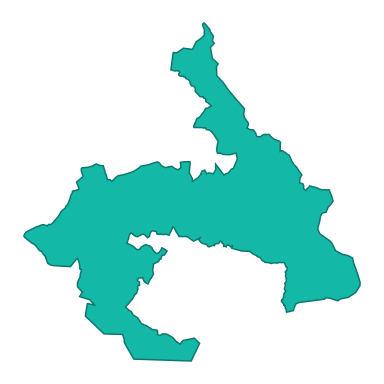 the district of Tafawa-Balewa, Bauchi, Nigeria
{"feature_id": "59680162B48786148420785", "entity_name": "Tafawa-Balewa", "entity_type": "district", "adm_level": 2, "iso_a3": "NGA", "parent_name": "Nigeria", "parent_adm1": "Bauchi", "projection": "robinson", "projection_center": [9.578, 9.844], "detail": "fine", "context": "isolated", "style": "filled", "palette": "teal", "viewbox_px": 384, "rotation_deg": 0, "n_neighbors": 0, "source": "geoboundaries", "source_scale": "gbopen_adm2", "svg_char_len": 5997}
<svg xmlns="http://www.w3.org/2000/svg" viewBox="0 0 384 384"><path d="M291.9,161.5L289.3,155.3L287.1,154.1L285.5,152.6L283.9,151.9L283.1,150.9L281.2,150.9L280.2,151.4L280.3,143.4L280.6,142.7L279.7,141.3L273.8,139.1L270.0,135.7L269.3,134.5L264.3,134.4L261.8,135.5L260.9,136.7L257.1,136.6L256.3,135.6L255.7,133.0L253.3,129.8L250.8,129.8L249.3,129.4L248.1,128.4L246.9,127.9L248.4,124.9L248.4,123.2L244.4,117.5L244.1,116.2L243.7,114.5L244.4,108.7L235.2,98.2L228.0,89.5L222.9,82.1L216.8,75.7L216.5,66.3L218.2,63.9L212.8,58.8L212.3,58.1L210.4,47.4L214.3,43.3L212.4,40.7L213.4,36.3L209.9,30.8L210.0,29.9L205.0,23.7L203.9,23.0L203.1,23.7L202.6,24.5L202.8,25.8L204.3,29.1L204.3,34.1L204.1,35.5L202.0,37.3L201.9,37.8L196.2,41.8L192.5,49.4L183.5,48.2L176.9,52.8L173.2,52.5L170.9,69.9L171.9,69.8L174.5,71.0L178.2,70.8L179.1,71.2L179.7,72.1L178.9,73.5L178.6,74.7L179.2,75.6L181.6,76.4L182.8,75.9L183.6,76.8L185.3,76.8L185.5,78.2L188.8,80.0L189.8,81.3L190.2,83.7L191.5,85.9L192.9,85.8L194.1,86.5L195.0,87.6L195.2,89.1L195.3,91.6L200.2,96.7L203.3,96.8L203.5,98.0L205.2,98.6L205.8,99.2L205.6,101.0L206.2,101.9L208.7,103.3L209.9,104.6L211.3,105.7L211.0,106.4L208.8,107.3L207.4,108.3L205.8,108.3L204.2,111.1L203.0,112.8L199.5,117.1L196.9,118.6L193.7,126.2L193.9,127.5L202.6,127.6L203.3,128.1L205.6,127.8L206.3,129.6L209.6,130.1L212.7,132.9L218.2,141.3L217.3,144.8L216.6,150.0L217.4,153.1L220.4,153.2L223.4,154.5L230.0,154.7L236.0,153.1L237.3,158.4L236.9,160.2L233.3,168.5L231.3,169.2L228.2,173.1L225.7,173.7L224.0,175.1L215.6,164.1L215.6,169.8L213.4,173.7L209.2,172.9L207.4,173.5L206.9,173.9L204.7,170.1L202.0,171.1L200.9,173.6L201.0,174.1L198.1,177.6L192.4,181.5L192.3,178.6L189.4,173.1L189.6,168.9L190.1,164.4L190.0,161.8L185.1,161.7L180.4,162.3L180.9,167.6L178.3,169.6L178.0,169.7L175.0,168.6L171.7,166.3L165.1,167.6L161.4,165.7L159.6,163.1L157.1,161.9L151.2,163.7L149.1,164.6L140.4,166.3L139.5,167.5L134.3,171.1L129.8,172.8L126.7,173.8L122.8,174.9L118.2,175.7L115.6,177.6L111.9,181.5L110.3,179.9L109.5,179.6L107.5,179.7L105.9,173.9L105.3,173.4L104.8,170.8L103.3,165.8L98.8,165.2L96.1,163.9L92.9,165.9L88.1,167.3L82.2,167.7L81.3,168.7L81.3,171.0L83.1,176.5L76.5,182.1L78.9,188.1L78.7,189.5L72.5,191.2L72.2,193.0L70.8,195.7L70.1,198.4L68.0,203.8L65.8,206.5L65.1,208.3L61.4,211.1L58.0,216.9L53.0,222.6L51.2,224.4L48.5,224.5L47.4,225.8L43.2,224.6L40.8,225.2L38.9,226.3L37.3,226.4L27.5,231.3L26.0,232.2L24.6,234.0L23.9,235.8L24.6,237.3L27.9,240.0L31.1,242.5L35.0,244.9L36.6,246.6L38.3,249.2L39.2,250.2L40.3,251.1L41.7,251.4L42.9,253.8L44.7,255.8L45.2,256.1L47.8,263.4L50.3,264.9L53.2,265.6L70.5,266.6L75.9,259.8L77.5,258.5L78.8,261.1L79.7,265.5L79.9,269.0L81.5,269.8L80.1,275.1L80.2,276.9L78.8,279.6L77.4,283.2L77.5,286.7L81.8,291.4L82.6,291.8L79.6,296.6L89.8,299.8L94.5,305.0L87.4,303.6L85.3,316.0L104.0,333.9L122.6,334.4L124.3,339.6L124.4,342.2L125.0,343.9L133.8,359.1L191.2,361.0L199.6,343.3L194.3,338.2L183.0,340.5L180.0,344.1L176.0,341.3L172.7,337.5L168.6,335.1L166.2,334.0L162.4,333.9L160.0,335.6L158.1,334.9L157.7,334.6L157.4,330.3L151.3,329.3L150.9,328.3L148.4,327.3L148.0,326.6L145.2,325.1L143.9,325.1L142.9,324.1L141.6,323.8L137.6,317.7L133.2,315.1L131.4,311.8L128.5,309.9L125.5,306.9L126.8,305.6L132.3,299.2L134.5,295.3L135.9,293.7L136.5,293.4L137.5,289.8L138.1,289.1L137.4,286.7L138.2,285.9L139.6,285.2L139.4,282.0L138.3,281.5L137.3,280.0L138.7,278.1L143.0,277.7L143.1,279.4L143.8,280.7L145.3,282.5L148.0,283.9L150.1,279.6L151.1,278.4L153.0,274.9L153.5,274.2L152.7,270.6L153.5,263.9L154.5,263.6L158.6,261.4L159.7,259.1L160.7,259.2L162.2,255.3L164.4,255.0L167.0,251.1L164.4,249.0L161.9,247.8L161.2,249.5L158.9,252.7L156.4,253.6L153.7,251.0L152.1,248.5L152.0,247.8L150.0,246.1L145.8,244.6L143.4,245.7L141.5,246.9L139.4,249.5L136.7,249.5L133.0,246.1L126.8,243.2L128.4,239.1L129.1,235.5L130.8,233.0L131.2,232.9L135.6,236.4L137.7,236.7L139.7,235.4L140.3,235.4L142.4,234.1L144.8,234.6L145.4,235.5L147.6,237.8L149.6,236.3L150.0,233.5L151.0,231.9L152.3,230.8L155.8,231.4L156.5,232.1L157.1,234.1L158.8,234.3L161.0,234.2L163.8,234.7L164.8,234.0L169.1,235.2L173.0,226.8L173.7,227.1L176.6,232.7L177.7,233.9L179.1,236.5L184.1,236.6L184.6,236.3L187.6,236.9L193.6,241.2L199.9,238.0L198.9,239.8L200.8,242.3L202.4,243.4L206.0,244.4L207.1,245.1L207.7,246.2L209.0,246.9L212.9,245.3L214.5,245.6L214.8,244.0L216.5,243.7L218.5,243.6L219.3,242.7L220.3,240.8L221.0,241.2L222.3,243.2L223.7,244.4L223.6,246.4L224.9,246.4L226.1,246.9L226.6,245.4L228.2,245.0L229.4,245.6L230.5,246.9L231.5,246.5L232.7,245.2L231.8,248.2L241.5,251.0L249.6,251.3L253.4,254.2L255.8,255.2L258.0,256.9L259.6,257.2L261.3,259.2L262.2,260.6L264.1,261.5L264.8,262.3L268.5,262.7L271.5,263.5L272.8,263.0L274.7,262.8L276.7,263.1L280.1,262.4L281.3,262.7L284.4,262.5L286.0,266.8L286.4,267.1L287.0,267.1L287.4,267.8L287.3,268.7L286.4,271.1L285.7,271.3L285.3,272.0L285.3,272.4L285.8,272.9L285.9,274.1L285.5,275.9L286.3,278.1L286.1,278.9L286.3,280.8L286.1,281.6L285.1,282.7L284.8,283.4L285.0,284.1L285.4,284.7L285.4,285.6L284.5,288.1L284.5,288.8L284.7,289.8L285.4,290.8L285.5,291.3L284.9,292.6L284.4,292.9L283.9,293.9L283.8,295.8L282.9,298.8L282.5,299.6L281.7,299.8L281.4,301.4L281.7,301.8L283.1,303.0L283.2,303.7L283.6,304.4L283.7,305.2L284.1,305.2L284.5,304.8L285.0,305.9L284.8,306.5L285.3,306.9L285.4,308.4L285.6,308.8L286.1,308.9L286.4,309.4L286.3,311.1L286.6,312.2L293.2,310.7L294.9,306.1L296.1,303.7L299.1,302.5L324.3,299.2L326.2,297.7L329.9,298.2L337.7,300.8L340.4,299.0L348.4,297.3L355.7,292.5L360.0,285.6L360.1,282.3L357.8,274.6L353.5,262.5L352.5,257.9L347.5,255.4L342.5,254.4L335.6,250.7L331.7,242.7L330.9,242.2L330.3,241.2L319.6,233.6L317.7,228.9L319.9,220.2L320.5,216.2L321.5,214.3L322.2,213.1L326.1,212.2L328.1,207.2L331.2,204.0L333.1,200.9L331.4,195.6L329.2,190.0L329.1,189.8L322.3,189.9L318.8,188.8L317.2,187.9L309.7,185.9L308.8,187.3L307.0,188.8L306.0,190.4L303.6,188.6L303.7,185.8L302.9,183.9L299.7,182.8L300.0,178.0L301.9,175.0L298.5,170.2L296.8,167.4L293.5,164.1L292.7,162.5L291.9,161.5Z" fill="#14b8a6" stroke="#0f766e" stroke-width="1.5"/></svg>